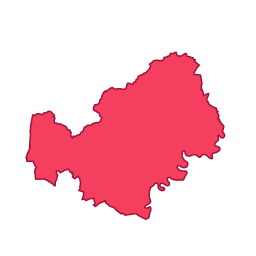 La Apartada, Córdoba, Colombia, rotated 193°
{"feature_id": "7082276B84090204325710", "entity_name": "La Apartada", "entity_type": "district", "adm_level": 2, "iso_a3": "COL", "parent_name": "Colombia", "parent_adm1": "Córdoba", "projection": "albers", "projection_center": [-75.293, 8.043], "detail": "fine", "context": "isolated", "style": "filled", "palette": "rose", "viewbox_px": 256, "rotation_deg": 193, "n_neighbors": 0, "source": "geoboundaries", "source_scale": "gbopen_adm2", "svg_char_len": 5743}
<svg xmlns="http://www.w3.org/2000/svg" viewBox="0 0 256 256"><g transform="rotate(193 128 128)"><path d="M90.1,43.1L89.5,43.7L87.9,44.8L87.5,45.6L87.7,49.7L87.4,51.6L87.4,53.8L88.1,55.6L88.8,56.2L89.3,55.9L90.4,54.8L92.1,54.1L93.3,54.1L93.6,54.3L93.8,54.8L93.9,55.5L93.6,56.1L91.2,58.2L89.8,60.0L89.3,61.2L89.7,62.1L91.7,65.4L92.3,67.4L92.9,71.9L92.8,74.1L92.4,75.3L90.4,77.5L89.3,79.8L88.5,80.5L87.5,80.7L86.6,80.4L86.1,80.0L85.3,77.1L84.8,76.2L84.1,75.5L82.8,74.8L80.7,74.6L80.0,74.8L79.3,75.2L78.7,75.9L78.7,77.0L79.0,77.5L79.9,77.9L82.3,77.8L82.9,78.0L83.6,78.5L84.0,79.0L84.1,80.1L83.5,81.3L82.3,81.9L81.3,81.9L78.3,80.8L77.2,80.6L76.0,80.8L75.2,81.6L74.9,82.5L75.3,83.8L77.4,85.5L78.1,86.4L78.2,87.8L77.5,88.9L77.0,89.2L76.5,89.2L73.0,88.0L70.2,88.0L68.4,88.3L65.4,89.2L63.3,89.4L62.5,90.0L62.0,91.0L61.8,93.1L60.8,95.7L60.5,97.1L60.6,97.9L61.3,98.9L62.0,99.1L65.0,98.3L67.7,98.4L68.8,98.8L70.5,99.7L71.0,100.3L71.2,100.8L71.2,101.5L71.0,102.2L70.2,102.8L69.3,102.8L66.3,101.9L64.5,101.9L62.9,102.6L61.9,103.7L61.6,104.5L61.6,106.7L62.1,107.7L62.9,108.2L64.4,108.6L65.9,109.3L68.6,112.1L69.1,113.4L69.4,114.7L69.4,117.0L69.3,117.7L68.3,118.3L67.7,118.2L67.2,117.6L66.5,116.0L65.7,114.9L65.1,114.5L64.1,114.2L62.2,114.3L61.3,114.6L59.1,116.3L56.8,117.1L56.0,117.1L54.7,116.8L52.8,115.6L51.6,115.6L50.9,116.2L49.6,118.6L48.5,119.3L47.5,119.5L45.9,119.3L41.9,117.1L40.6,116.9L39.2,117.0L38.9,117.7L40.0,120.2L40.0,121.9L39.5,122.6L37.0,123.6L36.0,124.4L33.9,126.6L33.6,127.9L33.9,128.9L35.0,129.9L38.7,130.3L39.7,131.1L39.9,131.7L39.8,132.6L37.4,136.4L37.3,137.5L37.5,138.4L38.4,140.0L38.5,140.6L38.2,140.7L38.1,141.1L37.6,141.1L35.3,139.7L33.9,139.5L33.2,139.7L32.8,140.2L32.2,141.2L32.2,141.7L32.2,142.6L32.6,143.4L35.2,145.9L35.2,147.3L34.8,148.1L35.2,149.9L34.9,150.8L35.0,151.3L35.9,152.2L37.0,152.3L37.6,153.4L38.7,153.4L38.9,153.7L39.0,154.7L39.6,154.9L40.3,155.5L40.7,155.5L40.4,156.1L40.6,156.6L41.0,156.8L41.6,156.7L41.7,157.0L42.1,157.2L42.1,157.6L42.4,157.6L42.0,158.0L42.3,158.3L42.1,158.6L42.4,159.5L42.2,160.1L42.4,160.6L42.7,161.2L43.1,161.3L43.5,161.9L44.1,163.1L44.3,163.1L44.3,163.5L44.8,163.6L44.8,163.8L44.2,164.3L45.9,165.4L46.1,166.7L46.5,166.5L46.6,167.0L46.8,166.9L47.1,167.2L47.5,167.4L49.3,167.5L54.3,169.2L55.9,171.5L56.5,171.6L57.2,172.4L57.8,174.0L57.0,178.1L57.2,179.7L58.9,178.8L61.8,176.6L62.7,179.3L64.5,182.2L65.5,181.8L65.8,184.6L66.2,185.9L65.8,187.4L69.2,195.8L73.5,195.5L75.4,194.9L76.1,195.8L75.6,198.5L74.8,200.6L74.1,202.7L72.7,205.3L78.2,208.0L77.9,209.5L79.8,209.7L80.3,211.0L80.8,211.0L81.9,210.6L83.4,211.4L86.4,211.1L86.9,211.4L87.5,213.1L88.3,213.6L89.7,213.0L90.2,212.1L91.1,211.5L91.8,210.6L93.1,209.6L94.5,209.9L95.5,209.4L95.9,209.4L97.0,210.5L97.8,212.2L98.3,212.5L99.6,211.9L101.1,210.5L102.0,210.2L103.3,210.3L103.6,209.4L103.7,208.0L104.5,207.2L105.5,206.8L105.9,206.1L108.7,204.8L108.8,202.5L110.0,201.2L111.1,201.3L112.6,200.6L114.9,200.7L115.9,200.3L116.7,200.1L117.0,199.6L118.1,199.4L118.4,199.1L118.8,197.8L120.8,195.9L121.3,195.2L121.1,194.6L120.1,193.8L119.9,193.1L119.9,192.6L120.3,191.7L120.4,190.3L120.7,189.6L121.8,188.2L122.5,186.7L123.3,185.8L125.1,184.6L125.8,183.5L129.2,181.2L129.7,179.9L129.9,177.8L130.8,177.2L130.9,176.8L131.2,174.6L132.8,173.7L133.3,171.6L133.9,171.5L135.4,171.6L137.2,171.8L138.0,171.7L138.3,171.5L138.8,170.1L138.8,166.8L139.3,165.8L140.3,164.8L141.9,164.5L143.3,164.6L146.2,164.2L148.3,163.3L149.5,163.0L151.0,163.2L151.9,163.9L152.7,163.8L154.6,162.3L155.8,160.7L157.3,159.1L157.6,159.4L158.1,159.0L158.7,158.0L159.1,158.3L159.3,157.9L159.0,157.7L160.0,156.6L160.1,156.1L159.9,155.2L160.7,153.5L160.4,152.7L160.7,150.8L161.6,149.2L161.6,145.9L162.5,144.5L165.8,142.9L166.0,141.8L165.8,140.7L166.2,140.2L166.2,139.7L165.8,138.3L165.2,137.7L164.7,137.4L163.5,137.2L162.1,137.1L161.6,136.3L159.4,136.0L159.0,135.4L158.7,134.3L157.9,133.2L155.9,132.2L155.8,131.5L156.3,130.2L156.5,128.4L157.0,127.7L158.3,126.4L159.0,126.2L160.3,126.2L161.1,125.4L162.9,124.7L163.6,124.2L163.9,123.1L164.5,122.4L167.7,121.7L168.4,121.3L168.8,120.7L168.9,119.7L170.1,119.4L170.7,119.0L171.0,115.1L172.7,113.2L173.6,110.7L173.9,110.4L175.7,109.7L176.5,109.0L177.0,108.1L179.4,107.7L179.5,106.1L180.1,106.0L181.8,107.5L182.4,108.8L182.3,110.4L182.4,110.9L183.8,111.9L184.0,112.8L185.0,112.6L186.9,113.1L187.5,114.3L189.1,115.6L193.1,116.2L194.5,116.9L195.1,116.8L197.0,115.9L197.4,116.0L197.7,116.7L200.6,116.2L201.6,118.4L201.4,120.1L201.6,121.5L203.1,122.3L202.5,123.0L202.4,123.6L203.0,124.1L205.0,125.2L205.5,125.8L206.6,126.4L208.6,126.6L209.4,126.3L210.1,125.7L211.2,124.1L212.7,124.1L213.2,123.8L214.7,121.7L217.7,121.8L219.1,121.6L220.3,121.1L221.1,119.9L221.7,119.4L223.1,119.5L223.8,119.2L223.3,107.4L222.9,106.4L222.6,102.5L221.6,100.2L219.8,88.0L219.2,88.0L219.6,81.8L220.0,81.8L220.6,76.4L220.2,76.5L219.0,72.9L216.7,73.2L213.1,74.3L210.2,70.4L209.0,69.4L208.2,69.0L209.3,66.9L209.1,64.2L207.5,60.9L207.5,59.9L206.4,57.4L198.3,59.4L195.5,58.9L195.2,58.7L194.1,58.7L193.3,57.9L191.9,58.0L191.6,57.8L191.0,57.2L189.6,57.1L187.6,55.8L187.1,55.3L186.4,55.1L186.0,55.7L186.6,58.5L186.6,60.0L186.1,61.0L186.0,66.5L187.4,67.3L188.0,70.0L186.5,70.5L185.6,70.5L184.1,69.2L181.3,71.3L180.8,72.3L176.5,74.5L174.6,72.1L172.1,72.0L172.5,71.2L172.4,70.7L170.7,69.9L171.1,67.8L168.4,66.6L165.8,69.8L163.8,67.9L162.6,65.6L161.7,62.6L161.7,60.1L161.1,58.0L161.8,56.1L156.8,55.6L156.3,53.4L156.3,51.1L156.6,48.1L154.3,49.0L153.2,47.9L152.3,48.0L149.7,50.3L145.6,51.6L144.3,49.1L143.3,47.8L143.4,45.9L144.3,45.2L142.1,44.2L139.0,48.1L133.8,51.9L133.1,50.2L127.8,47.7L126.5,47.5L124.2,47.6L123.2,46.7L119.3,44.5L115.2,42.8L114.4,43.7L112.3,43.0L111.3,42.4L101.8,46.1L100.9,46.2L99.8,45.9L97.8,45.0L90.1,43.1Z" fill="#f43f5e" stroke="#9f1239" stroke-width="1.5"/></g></svg>